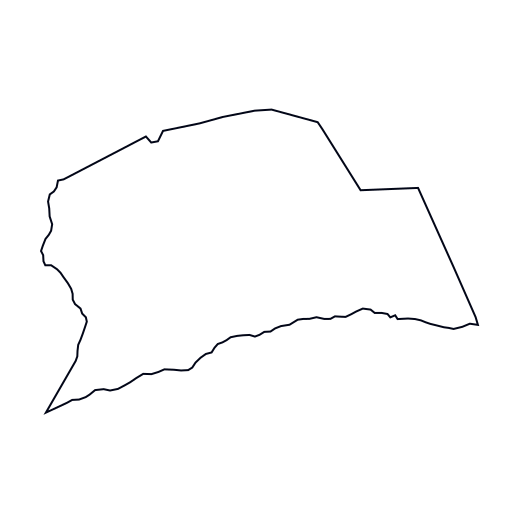 the district of Aramari, Bahia, Brazil, rotated 267°
{"feature_id": "56859067B32127453962752", "entity_name": "Aramari", "entity_type": "district", "adm_level": 2, "iso_a3": "BRA", "parent_name": "Brazil", "parent_adm1": "Bahia", "projection": "robinson", "projection_center": [-38.561, -12.063], "detail": "fine", "context": "isolated", "style": "outline", "palette": "ink", "viewbox_px": 512, "rotation_deg": 267, "n_neighbors": 0, "source": "geoboundaries", "source_scale": "gbopen_adm2", "svg_char_len": 1620}
<svg xmlns="http://www.w3.org/2000/svg" viewBox="0 0 512 512"><g transform="rotate(267 256 256)"><path d="M110.6,38.0L119.4,59.8L121.9,64.9L121.9,71.8L124.0,78.6L126.3,82.6L130.5,88.3L131.0,96.9L129.3,103.2L130.5,111.2L133.9,118.5L136.5,123.7L140.4,130.1L144.2,137.2L143.5,145.4L145.3,152.5L147.6,158.6L146.7,168.1L145.6,175.2L145.6,182.3L147.9,186.5L152.7,190.0L157.3,195.3L160.8,200.8L162.0,206.6L166.6,209.8L170.1,213.2L171.5,218.0L173.5,222.2L176.2,226.4L177.2,233.0L177.5,238.8L177.5,245.4L175.6,250.7L177.1,255.4L179.8,260.3L179.8,266.5L182.7,271.3L184.7,277.3L185.6,285.9L190.2,294.3L190.7,300.1L190.4,305.9L191.7,313.2L189.6,320.8L189.3,327.0L191.6,331.7L191.0,337.0L190.5,342.3L192.9,348.1L195.3,353.1L197.9,359.9L196.5,367.6L192.9,371.6L192.6,378.4L191.2,384.3L187.7,386.9L189.5,391.9L185.6,394.1L185.6,399.5L185.6,404.6L184.7,411.6L183.1,417.3L180.9,422.0L179.1,426.5L177.3,432.5L175.0,439.9L174.1,444.7L172.8,449.5L174.5,458.4L177.2,466.0L175.6,474.0L183.5,472.1L234.7,452.7L270.8,438.7L315.5,421.4L316.2,363.9L379.4,328.8L386.4,324.6L401.4,279.2L401.2,262.3L396.6,230.1L391.4,206.7L385.8,169.7L375.7,164.1L374.8,157.3L381.1,152.3L342.6,67.9L341.7,62.2L335.0,60.5L331.0,57.5L328.3,53.3L321.3,51.2L314.3,52.0L306.3,52.0L298.4,54.1L291.9,52.7L288.0,50.2L284.1,46.7L277.3,43.6L272.2,41.6L268.0,43.5L261.8,43.5L257.8,45.1L257.5,50.9L253.2,56.6L249.5,59.9L245.2,62.5L238.7,66.7L232.9,69.7L227.8,70.9L222.0,70.7L217.4,72.8L212.7,78.0L207.6,79.4L203.7,82.9L199.3,83.6L194.4,81.7L187.4,78.9L181.4,76.3L176.6,73.8L170.6,72.8L165.1,72.3L160.6,70.4L110.6,38.0Z" fill="none" stroke="#020617" stroke-width="2"/></g></svg>